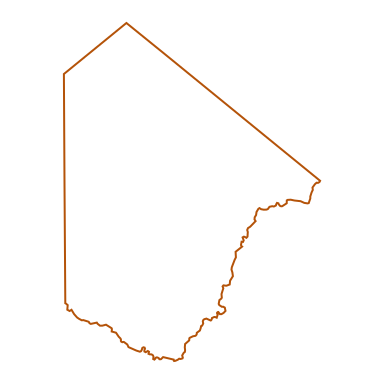 Brewster, Texas, United States of America (Mercator projection)
{"feature_id": "52423323B18775242771825", "entity_name": "Brewster", "entity_type": "district", "adm_level": 2, "iso_a3": "USA", "parent_name": "United States of America", "parent_adm1": "Texas", "projection": "mercator", "projection_center": [-103.031, 29.819], "detail": "fine", "context": "isolated", "style": "outline", "palette": "amber", "viewbox_px": 384, "rotation_deg": 0, "n_neighbors": 0, "source": "geoboundaries", "source_scale": "gbopen_adm2", "svg_char_len": 2467}
<svg xmlns="http://www.w3.org/2000/svg" viewBox="0 0 384 384"><path d="M63.9,74.0L64.5,183.6L65.3,303.2L65.6,303.3L67.7,305.1L67.3,309.7L69.6,311.0L71.5,309.8L74.1,314.1L77.1,317.5L79.0,318.8L81.8,320.3L83.3,320.1L88.2,321.6L88.8,321.9L89.5,323.2L90.8,323.9L96.8,322.6L97.5,323.7L100.0,325.7L102.2,325.7L106.0,324.7L111.6,328.2L111.9,329.0L111.7,331.5L116.0,332.7L118.7,336.7L120.3,338.3L120.9,339.3L120.9,341.0L121.3,341.7L122.3,342.2L123.3,341.9L124.1,342.1L127.3,344.5L128.5,347.1L136.4,350.6L139.9,351.7L141.0,351.2L141.8,349.8L142.3,348.0L143.4,347.3L144.6,347.6L145.0,348.8L144.4,350.0L144.4,351.5L145.7,352.2L147.8,351.0L149.0,351.8L148.5,353.8L149.6,354.3L151.6,354.4L153.0,355.4L153.5,356.8L153.2,359.0L154.4,359.6L155.2,358.8L155.7,357.8L156.5,357.4L157.5,357.5L158.7,358.1L159.4,359.2L160.1,359.3L161.1,359.1L163.1,357.1L173.7,359.6L173.8,360.6L174.1,361.0L175.4,360.8L177.7,359.8L179.2,358.7L180.6,359.0L182.5,358.4L182.8,357.7L182.2,355.4L183.8,352.7L184.9,351.9L185.1,350.1L184.8,347.4L185.1,344.0L189.2,340.4L189.3,338.5L189.6,337.9L192.9,336.3L195.5,335.8L196.3,335.0L196.7,334.2L196.8,332.8L199.9,330.5L200.7,328.1L201.1,326.1L202.1,325.7L203.2,323.5L202.8,321.2L203.4,319.9L204.3,319.2L206.4,318.6L210.6,320.5L211.0,320.4L211.6,319.6L212.0,318.0L214.2,317.0L215.4,317.1L216.7,317.7L217.7,314.6L217.1,313.6L217.1,312.7L217.7,312.1L218.3,312.0L219.9,314.1L221.5,314.1L223.6,312.9L225.5,310.9L224.8,307.6L223.1,306.7L221.9,306.8L219.3,305.1L218.7,303.9L219.4,300.1L221.4,298.5L221.8,297.6L221.5,294.1L223.3,288.3L222.6,286.4L223.4,285.4L223.8,285.3L224.7,285.6L226.5,285.7L229.7,284.5L230.1,280.7L232.9,276.2L232.4,272.5L231.5,269.6L231.8,267.3L234.7,259.7L235.9,257.4L235.6,251.8L242.1,246.6L241.3,245.9L241.0,245.0L241.6,241.7L243.0,241.9L243.7,240.4L242.6,237.4L243.7,236.7L244.5,236.8L246.4,237.8L247.5,236.6L247.8,232.0L247.2,230.0L248.0,228.1L250.2,226.7L255.6,221.1L254.5,219.4L254.7,217.3L256.1,215.0L256.5,212.0L258.4,208.8L259.5,208.1L261.1,209.2L263.8,209.7L266.5,209.6L267.8,209.1L269.5,206.8L272.2,206.2L273.9,206.5L275.9,205.5L276.3,204.1L277.0,202.9L278.4,203.3L278.8,204.4L280.2,206.0L281.2,206.3L282.2,206.2L286.7,203.3L286.8,200.4L287.6,199.9L290.7,199.7L294.4,200.5L300.6,201.2L304.3,202.9L307.6,203.4L308.7,203.1L310.3,198.5L310.3,196.5L311.6,192.4L312.8,189.9L312.5,187.5L315.0,184.1L316.6,182.7L317.9,182.9L319.4,182.1L320.1,180.8L277.4,146.0L167.6,56.4L126.4,23.0L63.9,74.0Z" fill="none" stroke="#b45309" stroke-width="2"/></svg>